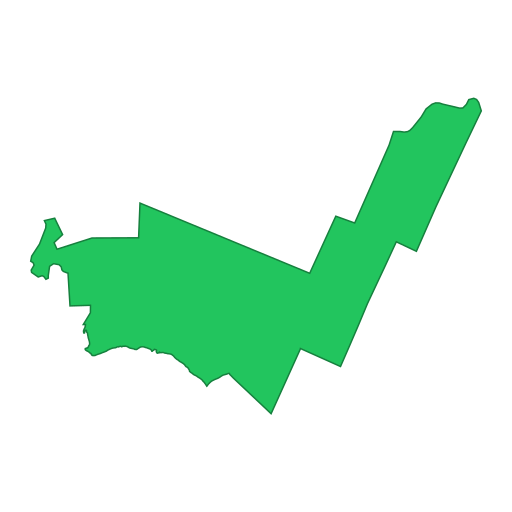 the district of Viisoara, Teleorman, Romania
{"feature_id": "2599482B74354015678393", "entity_name": "Viisoara", "entity_type": "district", "adm_level": 2, "iso_a3": "ROU", "parent_name": "Romania", "parent_adm1": "Teleorman", "projection": "mercator", "projection_center": [25.189, 43.787], "detail": "fine", "context": "isolated", "style": "filled", "palette": "green", "viewbox_px": 512, "rotation_deg": 0, "n_neighbors": 0, "source": "geoboundaries", "source_scale": "gbopen_adm2", "svg_char_len": 5441}
<svg xmlns="http://www.w3.org/2000/svg" viewBox="0 0 512 512"><path d="M481.3,110.9L478.7,102.5L476.6,99.5L473.8,98.3L468.8,99.6L466.4,104.4L462.8,108.0L459.5,108.1L442.6,104.1L439.4,103.0L435.6,102.9L432.0,104.2L426.1,108.9L421.2,117.0L412.6,127.7L410.0,130.3L407.7,131.6L404.2,132.1L400.1,131.5L393.5,131.5L389.1,145.1L354.7,223.0L335.8,216.2L309.7,273.3L140.0,203.1L138.6,237.8L92.0,238.0L57.0,249.2L54.1,242.6L62.6,234.6L54.7,218.2L44.4,220.6L46.0,224.2L45.7,228.1L39.5,244.1L31.7,256.1L30.7,261.2L33.1,262.7L34.1,265.1L31.2,270.1L31.6,272.4L38.2,277.0L42.2,275.7L43.9,276.6L45.9,279.3L48.3,278.1L48.3,275.4L49.6,266.3L53.6,263.7L59.1,264.7L61.2,266.8L61.9,269.9L63.3,271.4L66.8,272.8L68.0,273.1L70.0,305.9L90.5,305.3L90.4,312.8L83.3,324.5L85.5,324.5L85.4,325.0L85.4,325.7L85.3,325.9L85.1,326.2L85.2,326.4L85.3,326.8L85.2,327.0L85.0,327.5L84.6,328.1L84.3,328.8L84.1,329.2L84.0,329.5L83.8,330.0L83.7,330.4L83.5,330.8L83.5,331.4L83.6,332.0L83.7,332.7L83.8,333.0L84.1,333.0L84.5,333.0L84.6,332.7L84.6,332.2L84.7,331.7L84.9,331.1L85.2,330.7L85.5,330.4L85.8,330.2L86.1,330.2L86.3,330.3L86.5,330.5L86.5,330.9L86.5,331.4L86.5,331.8L86.7,332.1L86.9,332.4L87.2,332.7L87.4,332.9L87.5,333.3L87.5,333.5L87.6,333.9L87.6,334.2L87.7,334.8L87.8,335.4L87.9,335.8L88.0,336.2L88.1,336.9L88.2,337.4L88.3,337.9L88.5,338.6L88.8,339.5L89.0,340.3L89.3,341.2L89.4,341.8L89.5,342.4L89.6,343.0L89.6,343.6L89.6,344.0L89.4,344.7L89.5,344.9L89.4,345.1L89.2,345.2L89.0,345.5L88.8,345.7L88.7,345.8L88.6,346.2L88.5,346.6L88.3,346.9L88.2,347.1L87.9,347.3L87.9,347.6L87.8,347.8L87.7,347.9L87.5,348.0L87.2,348.0L87.0,347.9L86.8,348.0L86.5,348.2L86.1,348.3L85.7,348.4L85.3,348.5L85.2,348.8L85.2,349.1L85.2,349.4L85.3,349.6L85.4,349.8L85.6,350.0L86.1,350.4L86.6,350.7L86.8,350.9L87.4,351.1L88.1,351.5L88.6,351.8L88.9,352.0L89.0,352.1L89.4,352.4L89.6,352.7L89.9,352.9L90.1,353.1L90.5,353.2L90.8,353.4L91.1,353.7L91.1,353.8L91.2,354.3L91.4,354.6L91.6,354.7L91.8,355.0L92.1,355.4L92.3,355.5L92.6,355.5L92.8,355.5L93.0,355.5L93.4,355.6L93.6,355.6L93.8,355.5L94.0,355.6L94.3,355.5L94.6,355.5L95.0,355.5L96.1,355.0L96.8,354.7L97.3,354.5L98.1,354.2L98.3,354.1L99.0,354.0L99.6,353.7L100.2,353.6L100.6,353.4L101.1,353.2L101.8,352.9L102.2,352.7L102.8,352.5L103.7,352.2L104.2,352.0L104.9,351.7L105.5,351.5L106.2,351.2L106.6,351.0L107.0,350.7L107.6,350.2L108.8,349.7L109.7,349.2L110.3,349.0L110.7,348.8L111.2,348.6L111.8,348.4L112.4,348.2L112.7,348.1L113.2,348.0L113.7,348.0L113.9,348.0L114.4,347.8L114.8,347.8L115.2,347.8L115.7,347.7L116.3,347.4L117.0,347.0L117.3,346.9L117.7,346.8L118.0,346.7L118.3,346.9L118.6,346.9L118.9,346.8L119.3,346.5L119.7,346.5L120.0,346.4L120.3,346.3L120.8,346.3L121.1,346.4L121.4,346.7L121.6,346.8L121.9,346.8L122.1,346.6L122.5,346.4L122.8,346.2L123.1,346.2L123.4,346.3L123.8,346.2L124.3,346.3L124.5,346.3L124.8,346.1L125.1,346.0L125.4,346.1L125.8,346.3L126.3,346.4L126.9,346.4L127.3,346.6L127.8,347.0L128.0,347.0L128.3,347.1L128.5,347.3L128.7,347.5L129.1,347.6L129.4,347.8L130.0,348.1L130.3,348.2L130.7,348.2L131.1,348.3L131.4,348.4L132.3,348.6L133.1,348.7L133.8,348.9L134.2,349.0L134.5,349.2L134.8,349.4L135.2,349.4L136.0,349.5L136.5,349.5L137.0,349.3L138.1,348.5L139.7,347.5L140.1,347.2L140.6,347.0L141.4,346.9L141.8,346.8L142.3,346.8L143.0,346.8L143.5,346.9L144.0,346.9L144.3,347.0L144.8,347.2L145.1,347.4L145.4,347.5L146.1,347.6L146.6,347.7L147.0,347.9L147.6,348.1L148.3,348.4L149.1,348.7L149.5,348.8L150.1,349.1L150.8,349.6L151.3,350.1L151.7,350.7L151.8,351.2L152.0,351.2L152.3,351.2L152.4,350.8L152.6,350.7L152.9,350.6L153.3,350.4L153.8,350.1L154.0,349.8L154.2,349.4L154.5,349.3L156.5,350.0L156.6,350.5L156.4,351.1L156.3,351.3L156.3,351.6L156.4,352.0L156.7,352.6L157.0,353.0L157.3,353.1L157.5,353.1L157.8,353.2L158.1,353.0L158.3,352.8L158.6,352.8L159.1,352.8L159.4,352.8L159.5,352.7L159.6,352.4L159.6,352.2L159.8,352.3L159.9,352.6L160.0,352.6L160.4,352.6L160.9,352.7L161.5,352.6L162.2,352.5L163.2,352.5L163.6,352.6L164.0,352.8L164.5,353.0L164.9,353.1L165.6,353.2L166.3,353.3L167.1,353.5L167.8,353.7L168.3,353.7L169.1,353.8L169.8,353.9L170.7,354.1L171.7,354.4L172.0,354.8L172.7,355.3L173.5,355.9L174.0,356.5L174.7,357.4L175.3,358.0L176.3,358.9L177.0,359.4L177.4,359.7L178.1,360.0L178.8,360.6L179.1,361.0L180.0,361.6L180.6,361.9L182.6,363.1L183.3,363.6L183.9,364.1L184.5,364.6L184.7,364.8L185.1,365.5L185.9,366.5L186.3,366.8L186.8,367.0L187.3,367.3L187.7,367.6L188.0,367.9L188.3,368.5L188.6,369.0L188.9,369.3L189.1,369.6L189.3,370.0L189.5,370.9L189.6,371.4L189.9,371.6L190.4,372.1L191.2,372.7L191.8,373.0L192.1,373.3L192.6,373.7L193.3,374.3L194.2,374.9L194.7,375.1L195.2,375.3L195.8,375.6L196.7,376.1L197.6,376.8L198.4,377.4L198.9,377.6L199.3,377.8L200.0,378.3L200.7,378.8L201.4,379.4L201.6,379.6L202.0,379.9L202.3,380.1L202.6,380.4L202.8,380.9L203.0,381.2L203.5,381.7L204.1,382.2L204.5,382.8L205.4,384.0L206.8,386.2L207.4,385.6L207.8,384.8L208.7,383.8L209.1,383.4L209.5,383.0L210.1,382.4L210.9,381.7L211.8,381.0L212.4,380.7L213.3,380.2L215.0,379.4L215.7,379.1L216.3,378.9L217.3,378.5L218.4,378.0L218.9,377.7L219.8,377.2L220.9,376.4L221.5,376.0L222.7,375.3L223.4,375.0L224.0,374.8L224.7,374.7L225.6,374.4L227.0,374.0L228.2,373.5L228.8,373.4L229.0,373.4L229.3,373.4L229.4,373.6L229.7,374.2L229.8,374.4L230.1,374.8L230.7,375.3L233.4,378.1L271.1,413.7L300.3,349.1L300.4,348.5L340.5,366.5L349.5,345.9L358.5,325.0L367.5,303.5L385.4,265.4L396.3,241.8L416.4,251.3L436.1,206.4L466.1,142.6L481.3,110.9Z" fill="#22c55e" stroke="#15803d" stroke-width="1.5"/></svg>